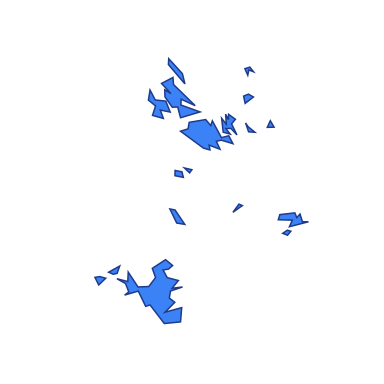 Kepulauan Anambas, Kepulauan Riau, Indonesia, rotated 312°
{"feature_id": "22746128B99951880476592", "entity_name": "Kepulauan Anambas", "entity_type": "district", "adm_level": 2, "iso_a3": "IDN", "parent_name": "Indonesia", "parent_adm1": "Kepulauan Riau", "projection": "mercator", "projection_center": [106.153, 2.904], "detail": "medium", "context": "isolated", "style": "filled", "palette": "blue", "viewbox_px": 384, "rotation_deg": 312, "n_neighbors": 0, "source": "geoboundaries", "source_scale": "gbopen_adm2", "svg_char_len": 1953}
<svg xmlns="http://www.w3.org/2000/svg" viewBox="0 0 384 384"><g transform="rotate(312 192 192)"><path d="M77.3,194.2L79.5,203.9L75.4,211.9L70.3,210.9L82.4,218.4L76.0,234.1L80.0,236.4L75.7,259.4L87.8,270.4L99.2,261.7L84.6,252.4L98.5,253.0L98.0,246.1L104.0,242.3L115.1,248.5L107.1,241.6L117.1,241.1L111.8,230.9L114.7,222.7L119.1,226.2L124.4,226.8L124.0,217.6L108.7,213.6L104.0,222.2L92.8,223.1L85.3,215.4L89.8,198.2L82.5,204.2L77.3,194.2ZM241.9,143.3L236.3,146.8L229.5,142.8L232.3,171.3L235.3,177.2L238.3,173.4L242.5,184.2L246.0,176.1L250.2,179.2L255.3,190.1L258.4,181.7L252.1,177.5L258.5,159.5L253.9,161.5L255.0,153.7L241.9,143.3ZM264.4,101.2L252.3,96.7L251.0,110.5L249.7,103.3L244.6,108.3L241.8,120.6L245.6,124.5L239.5,133.8L256.9,144.4L249.2,125.5L253.7,121.9L258.3,136.6L259.5,106.4L264.4,101.2ZM239.7,92.6L231.1,98.1L231.6,107.3L222.5,111.4L227.5,121.5L231.7,113.6L236.8,122.3L242.0,111.7L235.8,103.1L239.7,92.6ZM234.0,272.4L229.1,274.7L238.2,285.4L231.4,287.6L247.8,298.5L243.8,294.0L247.9,287.0L243.1,287.0L245.3,282.4L234.0,272.4ZM266.6,164.7L257.3,175.2L260.6,181.6L261.8,174.6L265.3,178.4L264.5,187.2L269.1,175.8L275.1,175.6L274.2,167.2L270.1,170.7L272.3,164.9L265.3,172.2L266.6,164.7ZM164.6,186.9L158.7,201.4L163.1,208.3L167.3,191.4L164.6,186.9ZM275.5,85.5L270.9,89.2L267.6,114.4L273.5,105.7L275.5,85.5ZM88.6,187.8L76.6,183.7L78.2,188.5L81.4,190.8L88.6,187.8ZM63.6,177.0L60.5,184.9L70.2,185.6L67.4,180.0L63.6,177.0ZM297.8,166.2L293.4,172.2L303.7,174.1L302.5,168.5L297.8,166.2ZM196.7,165.0L192.7,168.4L197.1,175.8L200.3,171.0L196.7,165.0ZM279.2,185.6L274.6,193.8L278.5,198.8L278.1,189.7L279.2,185.6ZM214.4,235.0L204.3,236.0L215.6,238.5L214.4,235.0ZM319.0,148.8L316.1,155.3L320.7,152.6L322.5,157.3L323.5,151.4L319.0,148.8ZM297.4,202.5L290.4,204.7L295.1,209.6L297.4,202.5ZM222.0,287.1L223.8,291.9L229.0,291.7L227.4,288.4L222.0,287.1ZM208.5,177.0L204.8,170.3L204.6,177.4L208.5,177.0Z" fill="#3b82f6" stroke="#1e3a8a" stroke-width="1.5"/></g></svg>